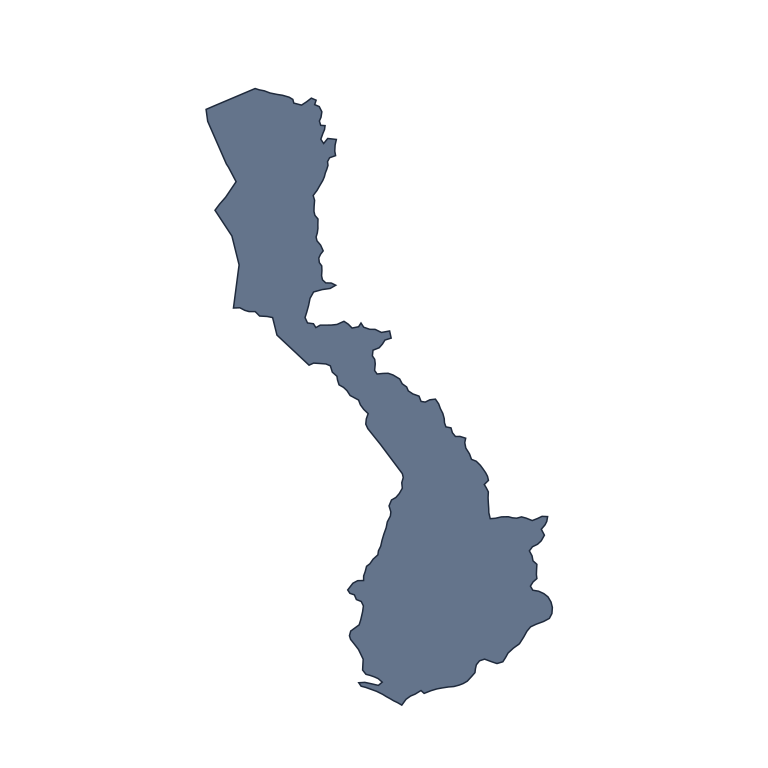 the district of Nilo Peçanha, Bahia, Brazil, rotated 77°
{"feature_id": "56859067B55520695908200", "entity_name": "Nilo Peçanha", "entity_type": "district", "adm_level": 2, "iso_a3": "BRA", "parent_name": "Brazil", "parent_adm1": "Bahia", "projection": "robinson", "projection_center": [-39.172, -13.65], "detail": "fine", "context": "isolated", "style": "filled", "palette": "slate", "viewbox_px": 768, "rotation_deg": 77, "n_neighbors": 0, "source": "geoboundaries", "source_scale": "gbopen_adm2", "svg_char_len": 3872}
<svg xmlns="http://www.w3.org/2000/svg" viewBox="0 0 768 768"><g transform="rotate(77 384 384)"><path d="M550.0,254.4L548.5,259.8L549.6,264.8L550.4,270.3L546.7,275.6L544.4,279.9L544.6,284.9L543.3,288.9L541.3,292.7L539.9,299.4L539.9,305.6L539.1,310.8L532.9,310.8L529.0,310.0L523.4,309.1L518.3,308.2L512.6,306.6L508.2,307.7L504.5,308.9L501.4,303.9L497.3,303.9L493.4,304.9L489.3,306.5L484.9,308.4L480.0,311.5L477.1,315.7L471.4,316.4L464.8,318.7L459.3,318.5L455.2,316.6L452.2,321.7L451.2,326.2L446.9,328.3L441.8,328.6L439.7,333.3L435.4,333.8L431.3,333.1L425.9,333.3L420.7,334.6L415.7,335.2L410.3,337.3L409.7,342.9L410.9,347.9L409.3,351.8L403.7,352.6L400.1,358.2L396.1,361.9L392.0,362.6L387.9,366.2L382.6,367.6L377.2,373.2L374.5,377.5L373.5,382.4L372.7,388.5L368.7,390.1L362.4,388.0L357.9,387.5L354.0,389.0L348.6,387.1L347.6,380.5L344.7,376.5L341.4,373.2L340.9,366.7L333.6,366.6L333.2,374.9L328.8,380.3L327.5,385.6L324.1,391.0L319.4,392.7L322.5,395.9L322.3,402.5L317.6,405.4L313.9,408.9L315.4,416.4L314.7,422.3L313.3,428.6L312.3,432.9L313.7,437.7L309.4,439.2L307.3,444.8L301.5,446.0L296.6,443.1L290.5,439.8L283.9,436.8L278.5,431.9L278.1,423.0L278.8,415.0L276.9,408.8L273.8,412.6L272.4,418.0L268.7,420.5L264.6,420.5L259.6,419.0L254.9,418.1L251.2,419.7L246.6,419.2L243.4,416.7L240.6,413.3L234.5,414.5L229.4,417.1L225.5,417.1L221.8,415.0L217.6,413.4L213.8,412.6L208.4,411.2L204.1,413.4L200.0,413.4L195.4,412.2L189.4,410.3L184.4,410.6L180.2,405.6L176.4,402.1L172.0,397.9L168.7,395.5L165.2,393.7L162.0,391.5L158.4,389.4L154.6,389.0L151.3,386.1L150.6,379.8L146.1,379.6L140.2,377.9L135.0,375.4L132.1,383.6L136.1,388.7L131.3,390.5L126.0,387.1L122.7,384.7L119.0,383.3L117.7,387.5L113.2,387.8L110.0,385.4L104.8,383.3L99.1,384.7L96.2,388.7L92.2,386.3L89.1,390.5L91.6,395.9L93.7,401.6L90.0,408.7L86.2,408.8L83.2,411.9L79.9,417.8L77.8,423.0L74.8,429.6L71.4,434.7L69.3,439.4L67.1,443.1L74.8,486.9L76.4,495.6L88.4,496.7L106.0,493.4L134.2,488.1L137.7,486.8L153.6,482.6L166.3,496.2L171.8,503.8L176.7,509.6L205.6,498.9L235.4,498.4L239.3,499.9L276.1,513.6L277.3,507.3L280.9,503.1L283.1,499.2L284.5,493.2L289.8,489.9L291.9,482.7L294.2,477.6L312.3,477.3L348.8,452.8L347.8,447.9L349.5,442.2L351.4,436.1L354.2,432.2L360.8,431.7L365.9,428.1L369.6,428.4L374.7,428.0L378.2,424.2L382.1,421.6L387.6,419.6L393.9,412.4L399.0,411.7L404.3,409.4L409.3,406.1L414.0,409.1L419.0,410.8L423.9,409.8L442.2,401.0L475.5,386.3L479.5,386.3L484.2,388.9L489.7,389.6L494.2,393.8L497.2,397.9L498.7,402.8L503.9,406.5L510.2,406.1L514.1,407.5L519.1,411.8L524.5,414.2L530.4,418.0L535.9,421.1L541.3,423.7L545.2,426.9L549.1,428.4L552.2,434.0L556.0,438.2L557.7,442.0L562.5,444.5L566.4,447.0L570.9,448.1L569.7,453.9L571.1,459.1L573.8,462.4L576.5,465.7L580.3,464.3L582.8,460.3L587.8,459.4L590.8,455.1L595.6,454.0L601.1,456.1L608.3,459.6L613.1,462.4L615.2,467.3L617.2,472.0L621.5,474.3L625.4,474.0L629.7,471.9L636.9,468.6L642.6,467.3L647.5,466.2L652.3,467.6L657.9,469.2L662.8,466.9L664.8,463.1L667.2,459.3L669.8,455.9L674.1,452.8L676.4,457.3L673.2,463.8L670.4,469.8L669.4,475.8L673.3,474.3L675.5,470.1L678.4,465.6L681.7,460.5L686.1,455.1L689.1,452.1L692.2,448.6L694.9,445.8L697.5,442.5L700.9,438.9L696.2,433.5L694.0,428.3L693.2,423.5L691.0,416.9L694.5,414.5L693.4,407.2L693.0,401.3L693.2,396.0L693.7,389.4L694.5,384.0L694.3,378.6L693.7,374.3L692.3,369.7L688.6,364.3L685.7,360.3L681.9,358.9L678.4,357.2L675.2,353.2L674.7,347.9L678.6,342.0L681.8,336.8L681.4,330.7L678.0,327.2L674.1,323.7L670.5,317.4L667.6,310.5L662.0,304.8L657.0,300.3L653.6,295.8L652.3,289.8L651.3,281.9L649.6,275.6L645.4,272.0L639.6,270.2L634.0,270.3L628.3,272.1L624.2,275.4L620.7,279.9L618.4,285.4L613.9,286.8L610.4,283.3L608.0,278.8L604.0,278.4L599.6,277.2L594.1,275.6L589.8,278.6L584.7,278.4L579.3,279.9L576.0,276.0L574.7,270.4L572.2,266.1L567.4,261.7L560.9,263.4L557.5,258.8L554.5,256.3L550.0,254.4Z" fill="#64748b" stroke="#1e293b" stroke-width="1.5"/></g></svg>